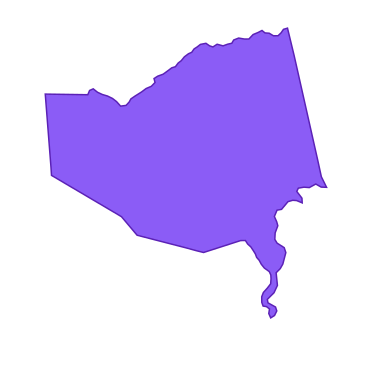 the district of Jati, Ceará, Brazil, rotated 346°
{"feature_id": "56859067B99561003236729", "entity_name": "Jati", "entity_type": "district", "adm_level": 2, "iso_a3": "BRA", "parent_name": "Brazil", "parent_adm1": "Ceará", "projection": "albers", "projection_center": [-38.971, -7.726], "detail": "fine", "context": "isolated", "style": "filled", "palette": "violet", "viewbox_px": 384, "rotation_deg": 346, "n_neighbors": 0, "source": "geoboundaries", "source_scale": "gbopen_adm2", "svg_char_len": 1553}
<svg xmlns="http://www.w3.org/2000/svg" viewBox="0 0 384 384"><g transform="rotate(346 192 192)"><path d="M167.3,82.7L160.0,85.1L155.2,86.9L152.8,89.5L149.0,92.0L143.5,91.4L140.7,86.1L137.5,82.0L133.2,78.4L128.6,75.7L124.5,72.4L121.1,68.0L117.2,68.7L114.4,72.4L73.3,61.5L61.2,133.6L59.7,141.9L109.2,190.6L117.6,198.9L128.3,220.7L172.4,244.6L182.0,250.0L188.6,253.5L227.5,250.9L232.1,252.0L233.4,255.9L235.8,259.5L237.4,264.0L238.5,267.4L238.9,271.1L240.6,274.4L241.8,279.0L243.8,283.3L247.7,287.9L248.4,291.6L247.7,295.3L246.1,300.1L241.8,303.5L237.0,306.7L234.3,310.5L233.0,316.0L233.4,319.9L236.5,321.2L238.9,324.2L237.1,328.5L237.9,333.2L242.2,331.8L245.5,327.9L245.2,323.8L238.9,317.9L239.1,314.4L247.2,309.6L252.3,303.3L254.1,290.7L259.1,287.7L262.7,283.9L268.4,273.5L268.0,268.3L262.2,262.2L260.9,258.0L262.8,251.8L267.1,245.5L267.0,241.4L266.0,235.7L270.1,230.2L274.7,230.5L282.8,224.6L287.7,224.4L291.4,225.6L296.3,229.2L297.2,224.6L293.8,216.8L296.1,214.0L301.8,214.4L306.9,216.1L314.0,214.2L318.5,218.5L323.7,220.0L321.2,208.5L321.7,191.2L324.1,84.6L324.3,56.1L320.1,56.3L317.1,59.0L313.3,61.2L308.8,60.1L305.3,56.6L301.3,55.3L299.0,52.2L294.7,53.2L289.4,54.0L284.2,57.3L280.0,56.3L274.5,53.9L269.2,54.6L266.6,57.3L262.4,57.2L257.5,57.7L252.1,54.7L247.4,56.3L244.4,54.4L241.5,51.1L235.9,50.8L232.1,52.5L228.6,53.7L225.5,56.4L222.0,57.0L217.3,59.0L213.3,62.0L209.8,63.5L206.2,66.4L202.4,66.6L197.2,68.8L192.5,70.7L186.8,71.3L182.6,72.7L182.6,76.8L178.1,79.6L172.5,80.5L167.3,82.7Z" fill="#8b5cf6" stroke="#5b21b6" stroke-width="1.5"/></g></svg>